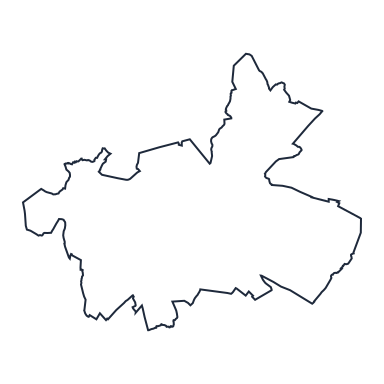 outline of Tetla de la Solidaridad, Tlaxcala, Mexico
{"feature_id": "50627088B304206473512", "entity_name": "Tetla de la Solidaridad", "entity_type": "district", "adm_level": 2, "iso_a3": "MEX", "parent_name": "Mexico", "parent_adm1": "Tlaxcala", "projection": "mercator", "projection_center": [-98.094, 19.495], "detail": "fine", "context": "isolated", "style": "outline", "palette": "slate", "viewbox_px": 384, "rotation_deg": 0, "n_neighbors": 0, "source": "geoboundaries", "source_scale": "gbopen_adm2", "svg_char_len": 5918}
<svg xmlns="http://www.w3.org/2000/svg" viewBox="0 0 384 384"><path d="M23.0,202.4L24.6,210.8L25.0,214.1L25.8,225.8L26.9,229.6L30.2,230.6L31.0,231.0L36.4,234.2L38.5,235.6L40.0,235.1L41.4,235.5L42.0,235.5L42.5,235.1L43.6,233.3L44.4,232.9L47.4,233.0L51.1,232.8L52.2,230.7L53.1,229.4L56.3,223.6L58.2,220.6L59.0,219.0L61.9,219.2L63.6,219.8L64.0,220.6L64.9,221.8L65.2,222.6L65.3,225.4L64.8,228.6L63.7,231.2L63.2,235.3L63.6,237.9L64.7,241.7L64.7,243.6L64.4,243.7L65.1,246.8L68.9,257.5L69.8,258.6L70.3,255.8L71.1,254.0L71.7,254.3L71.4,254.9L71.5,255.0L80.9,260.1L80.5,267.4L80.6,269.8L81.0,269.8L81.2,269.3L82.7,270.1L82.3,271.2L82.7,272.3L83.0,275.3L82.0,276.7L81.9,278.0L81.5,278.9L81.5,280.2L81.1,281.2L81.4,282.9L81.0,284.5L83.1,293.1L84.1,296.5L85.6,299.7L84.4,310.0L84.2,310.3L85.2,313.4L86.6,315.6L88.0,316.6L88.7,316.8L89.7,315.1L96.4,319.3L99.9,313.3L106.0,320.1L107.2,318.6L108.0,319.3L116.3,310.0L124.0,303.0L125.7,301.1L127.6,299.9L132.7,295.3L133.0,295.3L133.4,296.3L133.7,296.7L133.0,298.1L133.0,298.5L135.2,302.4L135.3,303.4L135.7,305.2L135.4,305.9L132.6,307.2L132.9,308.1L133.6,309.1L135.7,311.5L135.8,311.9L135.7,312.7L141.9,305.5L142.8,308.8L144.6,317.0L148.1,330.2L148.8,330.2L151.4,329.1L153.6,328.6L154.9,327.9L156.0,327.9L156.3,327.7L156.3,326.4L156.6,326.1L158.3,326.1L160.7,325.3L161.0,324.9L161.1,324.4L161.4,324.2L161.9,324.4L162.3,324.9L164.7,325.1L165.2,325.5L165.9,325.7L166.1,325.9L166.6,326.8L168.2,326.6L168.8,326.9L169.3,327.4L169.9,327.3L170.4,326.7L170.6,326.2L171.0,326.1L171.9,326.8L172.8,326.6L173.3,326.1L173.3,325.6L173.8,324.6L173.7,322.5L173.4,321.4L173.5,320.3L173.8,320.1L174.5,320.3L174.8,320.2L175.8,318.9L176.9,318.1L177.4,317.1L176.9,313.6L176.3,310.8L175.8,309.5L172.4,301.6L184.3,300.8L188.0,302.9L190.4,305.3L192.8,303.1L193.9,300.1L194.8,298.3L196.4,296.2L197.6,294.9L198.1,293.9L199.3,292.0L200.2,290.1L200.3,289.4L227.4,293.0L231.1,293.8L232.1,293.0L233.1,291.9L235.7,288.1L236.7,288.6L245.7,295.6L248.8,291.5L253.0,295.7L252.4,296.2L252.1,296.7L255.1,299.8L271.6,290.2L271.6,289.4L270.8,287.1L266.1,283.6L265.1,282.7L263.0,279.9L260.9,275.6L261.6,275.7L273.5,282.0L281.0,286.6L290.1,290.2L312.2,303.7L313.2,302.9L314.3,301.7L314.1,301.4L320.4,293.9L321.6,292.2L324.0,289.9L325.7,287.9L330.4,279.9L331.4,277.9L331.1,277.1L331.0,276.1L331.2,275.6L331.6,275.0L332.0,274.7L332.9,274.6L333.0,274.2L333.3,273.8L334.2,273.0L335.4,272.8L336.6,273.0L337.2,272.7L337.5,272.3L338.0,272.5L341.8,268.7L341.0,268.3L343.0,266.3L342.9,265.7L343.1,265.6L343.3,265.8L344.6,263.9L346.0,264.2L346.9,264.1L348.1,263.7L348.8,262.8L351.7,258.5L351.4,256.5L351.1,256.1L351.0,254.8L351.3,254.4L353.1,253.5L353.7,253.4L353.5,252.4L360.8,232.7L361.0,218.7L360.1,218.0L338.1,206.2L339.3,203.2L337.3,202.1L338.8,201.1L334.2,200.0L328.7,199.0L328.7,201.7L311.7,197.4L312.0,197.0L300.0,191.8L291.5,187.7L282.6,185.8L271.8,185.0L271.8,184.5L270.9,184.0L270.0,183.2L269.4,181.2L269.1,179.2L268.8,178.8L267.0,178.2L265.9,177.6L265.3,176.8L265.0,176.4L265.3,175.2L265.2,174.3L264.9,173.7L265.5,173.0L265.8,172.2L275.9,161.4L278.7,159.4L279.0,159.1L293.5,157.1L293.5,156.6L293.9,156.2L294.3,156.0L295.1,156.0L296.7,155.0L298.0,154.6L298.7,154.1L299.6,152.3L301.5,150.3L301.6,150.0L301.4,149.3L300.4,147.7L299.5,146.9L297.9,146.8L296.4,145.5L293.7,143.9L292.9,143.7L308.1,126.0L315.0,118.5L319.6,114.3L322.3,111.1L322.1,110.9L318.4,109.9L311.3,108.6L298.6,101.4L297.3,103.0L295.9,102.6L295.4,103.5L292.3,102.8L289.3,101.8L290.2,100.0L289.0,95.7L286.2,92.6L284.1,89.7L284.7,88.7L284.4,86.7L284.8,84.7L284.7,84.5L284.0,83.4L283.1,83.1L281.9,82.5L281.5,82.4L280.1,83.1L278.7,83.4L277.7,83.9L277.3,84.5L276.5,84.6L275.8,84.4L272.8,87.1L270.4,90.4L269.0,88.6L269.1,87.8L268.3,85.8L268.2,85.2L267.6,84.3L267.2,81.8L266.4,80.0L265.9,79.3L262.7,73.2L262.0,72.6L261.5,71.9L259.7,71.0L259.0,70.2L251.7,55.9L249.5,54.4L245.9,53.8L233.8,65.7L232.3,81.8L235.8,89.0L232.3,90.2L231.9,90.2L231.4,90.9L231.5,91.7L231.2,92.7L231.4,92.9L230.7,93.6L230.7,94.5L230.9,95.8L230.5,96.4L230.5,98.6L230.0,101.2L229.3,102.6L228.3,104.3L227.9,105.3L227.1,106.1L226.1,108.3L225.8,109.3L226.2,110.1L226.3,110.9L225.6,111.2L225.5,111.6L225.5,112.1L226.4,113.4L227.6,114.3L227.8,114.9L229.6,115.7L230.4,116.3L231.3,117.7L231.3,118.4L224.3,119.6L224.5,123.5L224.3,124.4L223.8,125.1L222.5,126.3L221.6,127.5L219.8,128.7L219.2,129.4L218.2,132.3L215.8,135.4L214.7,136.2L212.5,137.3L211.9,138.0L211.4,138.8L211.1,140.0L211.1,141.5L211.7,143.6L212.3,144.5L212.4,145.2L212.3,146.4L211.4,148.2L211.2,149.4L211.5,151.0L211.8,151.6L211.7,152.4L212.1,156.0L210.5,163.0L209.7,163.7L189.8,139.3L182.3,141.3L181.7,142.7L181.8,145.6L178.8,144.8L178.8,143.5L178.1,142.4L159.2,147.3L139.2,153.1L138.0,162.8L136.9,164.9L136.5,166.8L136.8,168.7L138.1,169.1L139.8,171.1L137.9,172.1L136.9,172.8L130.2,178.8L129.0,179.4L127.8,179.8L126.2,179.8L117.7,178.2L102.0,174.8L98.9,171.8L99.3,171.5L99.2,171.3L100.1,170.0L99.9,169.9L102.0,165.3L102.9,163.7L105.7,161.6L106.1,159.5L104.9,159.4L107.6,156.1L110.5,153.7L108.2,152.6L106.2,150.5L104.7,148.4L104.3,148.6L102.7,148.3L102.2,149.6L101.9,151.5L101.3,152.5L99.9,153.3L98.9,154.5L97.6,156.7L97.2,157.8L95.8,157.8L94.4,159.8L94.5,160.9L93.7,161.5L92.3,161.9L91.0,161.6L90.7,161.3L89.5,160.4L88.7,160.3L88.1,160.0L87.0,160.4L84.3,159.8L82.6,160.2L81.9,159.6L81.7,158.6L81.2,158.6L80.8,159.1L78.4,161.4L77.8,161.5L76.5,161.2L76.1,161.5L76.0,162.1L75.7,162.4L75.4,162.4L75.2,161.7L74.8,161.5L74.4,161.8L74.1,162.7L73.0,162.4L72.0,164.3L70.8,164.0L69.5,163.3L68.9,163.5L68.6,163.0L68.1,162.9L67.7,163.0L67.0,163.6L66.6,163.6L66.0,163.4L65.5,163.8L64.7,163.9L64.5,164.1L65.1,165.7L65.4,166.1L66.4,169.6L68.6,171.5L69.7,172.9L70.0,174.9L70.0,176.3L69.9,176.8L69.2,177.7L68.5,179.9L66.9,181.6L66.4,182.2L65.5,185.2L65.1,188.6L63.2,188.2L62.5,189.5L59.6,191.6L58.5,193.5L57.2,193.7L55.4,194.3L53.2,194.4L51.8,193.5L46.6,192.1L44.8,191.2L43.9,190.5L41.2,188.9L23.0,202.4Z" fill="none" stroke="#1e293b" stroke-width="2"/></svg>